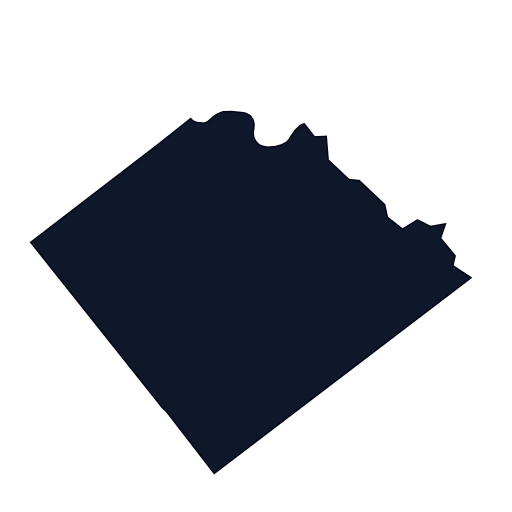 the district of Andrew, Missouri, United States of America, rotated 142°
{"feature_id": "52423323B15965719285225", "entity_name": "Andrew", "entity_type": "district", "adm_level": 2, "iso_a3": "USA", "parent_name": "United States of America", "parent_adm1": "Missouri", "projection": "mercator", "projection_center": [-94.923, 39.975], "detail": "fine", "context": "isolated", "style": "filled", "palette": "ink", "viewbox_px": 512, "rotation_deg": 142, "n_neighbors": 0, "source": "geoboundaries", "source_scale": "gbopen_adm2", "svg_char_len": 803}
<svg xmlns="http://www.w3.org/2000/svg" viewBox="0 0 512 512"><g transform="rotate(142 256 256)"><path d="M423.2,194.2L422.3,188.8L422.8,110.4L99.9,106.5L106.9,127.2L99.0,133.5L99.6,156.4L86.9,164.7L100.3,171.8L106.6,185.0L124.0,187.0L128.6,205.7L123.0,217.2L128.2,251.8L135.7,259.1L140.0,287.3L127.0,307.0L136.6,313.9L136.6,330.5L138.9,331.3L141.4,331.6L148.2,330.9L158.8,327.3L161.8,326.8L167.5,327.9L173.2,330.2L180.1,334.8L183.8,339.2L185.0,341.8L185.4,343.9L185.5,347.4L184.6,351.2L182.4,354.8L177.0,360.2L175.5,362.7L174.3,365.9L174.2,370.2L176.2,374.7L177.8,376.7L186.3,384.9L193.1,389.9L198.3,391.5L203.3,392.1L211.0,391.6L213.4,391.9L215.3,392.8L219.6,396.8L221.4,399.1L222.6,401.8L222.9,404.5L263.2,404.2L425.1,405.5L423.2,194.2Z" fill="#0f172a" stroke="#020617" stroke-width="1.5"/></g></svg>